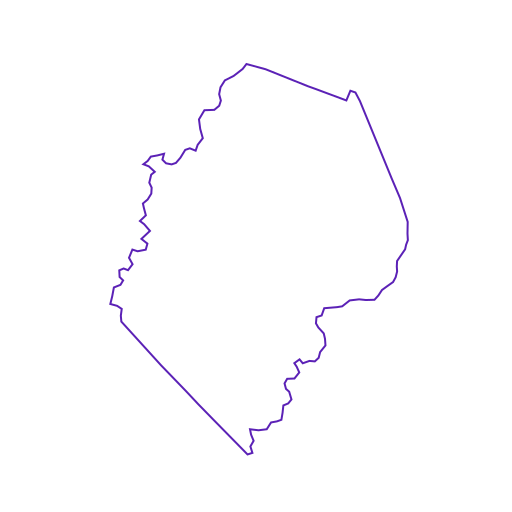 Tupãssi, Paraná, Brazil, rotated 201°
{"feature_id": "56859067B37037005720228", "entity_name": "Tupãssi", "entity_type": "district", "adm_level": 2, "iso_a3": "BRA", "parent_name": "Brazil", "parent_adm1": "Paraná", "projection": "mercator", "projection_center": [-53.504, -24.635], "detail": "fine", "context": "isolated", "style": "outline", "palette": "violet", "viewbox_px": 512, "rotation_deg": 201, "n_neighbors": 0, "source": "geoboundaries", "source_scale": "gbopen_adm2", "svg_char_len": 1716}
<svg xmlns="http://www.w3.org/2000/svg" viewBox="0 0 512 512"><g transform="rotate(201 256 256)"><path d="M126.6,342.2L142.3,361.7L157.1,377.0L214.5,437.9L221.8,444.3L227.1,444.1L227.4,433.6L259.6,433.3L268.5,433.1L313.9,433.8L333.7,431.8L335.5,425.8L341.4,416.1L348.0,408.8L349.6,400.8L348.4,393.9L344.5,388.5L344.2,383.1L347.3,377.5L356.4,373.6L358.2,363.1L353.6,354.6L347.9,346.9L350.3,338.9L350.1,332.7L356.4,332.8L360.1,329.7L361.8,320.6L364.1,314.2L367.6,311.3L373.2,310.3L377.9,312.4L378.5,318.5L384.2,314.5L389.8,311.1L391.2,305.9L394.0,301.3L388.2,301.3L380.7,298.3L383.0,294.4L381.9,286.2L377.9,282.4L376.1,276.7L377.4,269.9L380.4,264.5L377.9,260.7L373.4,254.5L376.9,247.1L371.8,245.6L364.0,241.4L369.1,230.9L361.8,228.6L361.2,222.4L368.2,218.0L373.7,217.7L373.9,208.8L368.3,204.1L370.4,196.9L375.1,196.9L378.5,193.6L375.8,187.5L371.3,185.6L372.2,180.5L377.4,175.7L375.8,166.9L374.8,159.0L367.8,159.7L362.4,158.5L360.8,151.8L358.2,146.5L305.4,119.9L273.2,104.9L256.9,97.0L237.5,88.1L192.8,67.7L188.8,70.9L193.0,76.2L192.0,82.6L196.6,87.5L199.5,92.1L191.2,94.2L183.9,98.1L182.3,106.0L177.2,109.1L173.6,112.2L175.0,119.1L176.9,126.3L173.1,129.9L171.5,134.8L176.4,141.2L180.4,142.7L183.7,147.3L182.9,152.5L176.2,155.4L173.9,162.8L178.3,167.2L181.8,169.7L178.3,175.1L173.9,172.6L168.5,177.2L163.3,178.7L161.0,183.4L161.7,189.3L159.1,197.4L161.9,203.4L165.0,208.0L172.2,211.6L175.9,214.6L177.6,220.6L173.4,224.0L173.6,231.7L162.0,237.3L157.5,239.9L152.6,248.1L144.2,252.5L137.6,254.3L129.7,257.6L127.6,263.0L126.2,269.4L122.9,274.5L118.7,280.8L118.0,286.2L118.7,292.1L120.8,296.7L122.5,301.9L119.2,315.7L119.9,320.4L119.9,325.2L122.6,331.2L126.6,342.2Z" fill="none" stroke="#5b21b6" stroke-width="2"/></g></svg>